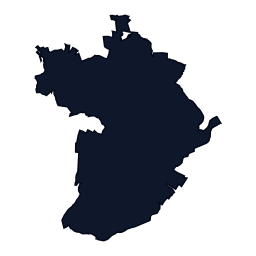 Pericei, Salaj, Romania (Albers equal-area conic projection)
{"feature_id": "2599482B97319558947930", "entity_name": "Pericei", "entity_type": "district", "adm_level": 2, "iso_a3": "ROU", "parent_name": "Romania", "parent_adm1": "Salaj", "projection": "albers", "projection_center": [22.87, 47.24], "detail": "fine", "context": "isolated", "style": "filled", "palette": "ink", "viewbox_px": 256, "rotation_deg": 0, "n_neighbors": 0, "source": "geoboundaries", "source_scale": "gbopen_adm2", "svg_char_len": 5637}
<svg xmlns="http://www.w3.org/2000/svg" viewBox="0 0 256 256"><path d="M206.6,143.0L208.2,141.6L209.0,140.5L209.2,139.8L209.1,138.6L209.8,137.8L210.2,136.2L210.1,135.0L210.4,133.3L210.2,132.1L211.6,128.4L214.1,126.7L217.2,125.1L217.8,124.4L219.1,124.0L220.2,123.0L220.7,123.1L217.0,116.8L216.7,116.6L213.1,118.3L210.0,120.8L209.8,121.2L209.9,121.7L209.3,123.0L208.9,125.2L207.8,127.0L207.7,127.6L207.2,127.9L204.2,130.6L203.4,130.8L201.2,130.0L199.8,129.9L198.8,129.5L198.6,128.6L198.8,127.3L198.3,126.3L198.4,125.8L199.3,124.8L199.6,123.9L200.2,123.9L201.0,123.4L202.9,120.9L203.5,118.0L203.5,117.2L203.2,115.7L200.5,110.9L199.1,109.1L198.0,108.3L197.0,107.0L196.2,106.2L195.9,105.4L192.8,101.6L190.7,100.4L188.5,99.5L187.6,98.4L186.6,96.8L184.9,95.0L185.0,94.7L184.4,94.2L184.2,93.6L182.5,91.5L182.4,90.7L182.5,90.3L181.9,89.0L180.9,88.3L180.5,87.5L179.8,87.1L179.3,85.7L176.2,83.9L174.7,82.6L175.4,82.2L175.6,81.7L176.4,81.5L177.0,80.7L177.0,80.0L177.6,79.5L177.8,79.1L178.2,78.9L178.7,78.3L179.8,77.7L180.1,77.1L181.0,76.2L181.0,75.0L182.2,74.1L182.4,73.5L182.2,72.7L182.4,71.7L183.5,71.3L183.6,69.8L184.5,68.8L184.6,68.4L184.3,67.8L184.9,66.1L185.0,65.4L185.3,65.0L184.7,64.9L184.0,65.4L183.7,65.3L183.5,64.7L183.0,64.3L182.5,64.3L181.8,63.7L180.5,63.1L177.5,62.4L175.7,61.0L174.1,60.8L173.5,60.2L170.6,59.8L169.9,59.1L168.1,59.1L167.5,59.4L167.1,59.0L167.2,53.5L162.8,52.9L153.7,53.1L153.0,54.9L152.9,56.5L152.5,56.9L152.3,56.8L151.3,54.2L152.2,50.9L151.2,49.1L150.9,48.0L150.7,45.2L151.0,43.8L150.7,43.1L149.1,41.3L146.7,39.7L146.7,39.3L145.8,39.4L144.9,38.8L143.2,38.7L140.7,37.2L139.9,37.0L139.8,35.6L139.4,35.1L138.0,34.5L137.5,33.7L137.5,32.7L133.6,32.3L132.4,32.3L132.4,32.5L131.5,32.6L130.0,37.0L129.0,37.0L129.6,34.7L129.2,34.6L127.9,36.3L127.5,37.6L126.6,38.6L124.1,39.9L121.3,40.7L121.2,38.8L120.6,38.7L120.9,36.0L120.4,35.8L120.3,35.2L122.0,35.4L122.4,35.2L122.6,34.7L122.6,33.5L122.0,33.3L121.7,32.7L122.4,30.9L122.6,30.7L124.0,30.9L128.8,32.0L130.6,32.1L130.7,31.9L129.5,31.4L129.3,29.6L127.4,23.8L127.4,22.9L127.7,22.5L130.2,20.2L127.5,18.4L128.2,17.7L128.8,16.4L127.4,16.2L126.8,15.7L125.3,15.4L124.1,15.4L122.4,16.2L120.6,16.2L118.5,16.7L117.8,16.6L117.6,15.8L117.1,15.5L115.3,16.2L112.7,15.5L110.5,15.6L111.5,19.4L112.4,19.3L115.8,20.5L116.0,24.3L116.9,32.2L112.4,31.3L112.8,32.7L112.9,37.4L110.3,37.2L108.3,36.5L103.4,36.6L103.5,37.9L104.7,46.7L107.8,48.7L109.8,49.4L109.3,51.6L109.2,53.2L107.1,59.1L105.6,58.5L105.2,58.6L99.9,56.0L97.8,55.6L95.8,55.8L94.8,55.4L93.6,56.7L92.2,57.4L91.7,57.9L90.6,58.5L88.6,58.5L85.6,59.9L82.3,61.1L81.6,61.8L78.6,53.4L77.7,54.1L75.4,54.4L76.0,53.1L76.4,51.6L77.7,51.2L77.8,50.9L77.5,50.9L76.6,49.6L72.8,47.6L71.1,50.2L68.8,52.7L68.7,52.6L68.9,50.8L69.6,45.4L67.5,45.3L65.3,44.3L65.7,45.5L65.8,47.2L65.6,48.2L65.3,48.6L65.3,49.6L64.5,51.0L62.8,51.2L62.1,50.0L61.4,49.4L57.3,50.5L55.6,50.3L54.3,50.6L52.0,51.6L51.6,52.3L51.0,52.7L48.1,51.0L48.4,50.0L47.7,47.8L46.5,47.9L44.9,48.8L44.2,48.4L43.4,47.3L41.1,48.0L41.1,48.3L40.4,48.2L38.7,47.1L37.9,46.0L36.6,46.8L36.2,47.3L36.5,47.3L38.9,50.4L41.7,52.8L40.1,54.1L38.9,53.0L37.6,51.3L36.6,52.2L37.5,53.3L39.4,54.7L39.6,56.9L40.4,58.6L41.0,61.0L41.2,60.6L41.2,60.1L41.0,59.3L40.5,58.1L40.1,56.0L41.0,56.0L42.8,57.1L44.0,58.6L44.1,58.9L43.7,59.2L44.0,60.2L43.6,60.5L43.5,60.8L44.2,61.2L43.8,61.7L44.7,62.4L44.1,63.0L43.8,64.5L44.1,67.5L45.0,69.2L45.2,70.7L44.9,71.4L43.3,73.5L42.0,73.8L41.5,74.1L41.2,74.8L35.5,76.2L35.3,78.2L36.0,78.7L37.2,80.7L37.6,81.6L37.8,83.1L36.8,85.5L36.8,88.1L36.2,88.9L36.1,89.7L36.8,92.6L40.3,92.3L42.6,94.1L44.5,94.5L46.4,95.5L49.4,92.9L50.6,91.6L51.1,91.3L51.6,92.5L52.0,91.1L52.3,90.9L54.4,90.3L54.1,92.4L54.1,94.0L55.8,97.7L55.9,99.3L57.0,102.1L57.1,103.0L58.2,105.4L67.6,106.8L68.8,108.7L72.0,112.7L70.3,113.8L69.8,116.1L75.0,114.4L77.0,114.2L78.5,113.0L81.0,112.2L83.0,112.7L83.4,112.1L84.0,112.1L84.9,112.5L86.3,115.1L88.7,115.0L88.3,115.7L88.2,116.3L88.3,116.5L91.4,115.9L94.5,115.8L97.0,117.4L99.4,118.1L99.4,118.6L100.0,119.5L101.1,120.7L101.2,121.7L102.0,123.8L104.6,125.3L105.0,126.6L105.5,127.5L103.0,130.9L101.8,134.6L97.4,133.3L96.7,132.9L94.4,130.7L93.3,132.8L88.4,130.2L88.2,130.4L87.7,130.1L86.2,133.3L82.7,131.3L79.7,130.4L78.1,135.8L76.9,142.4L75.8,143.2L75.6,152.0L78.9,152.4L77.9,171.4L76.3,175.2L76.2,176.5L75.9,177.2L76.1,178.2L76.0,180.5L75.2,183.7L75.1,185.1L76.1,185.2L76.8,184.7L77.9,182.6L81.2,183.2L79.8,184.6L78.7,187.5L78.6,190.6L79.1,191.7L80.3,193.9L80.3,194.7L79.7,195.4L78.7,197.6L77.4,199.1L76.2,201.1L75.8,201.9L75.7,202.7L75.2,202.9L74.0,204.4L73.0,205.0L72.4,206.2L68.4,209.5L64.3,215.4L62.0,220.2L64.0,228.0L66.0,227.1L67.9,225.9L68.0,225.4L69.1,225.4L70.6,228.4L71.7,228.9L74.9,231.3L77.7,232.1L77.8,231.9L78.7,231.9L82.7,233.7L87.0,233.5L88.5,233.8L89.8,233.6L91.6,233.7L96.1,236.4L96.2,237.9L96.1,238.8L96.9,238.9L98.3,239.6L103.0,240.6L104.0,240.6L106.8,239.6L108.1,238.8L111.9,235.3L115.0,233.8L116.7,232.5L118.6,232.1L119.4,232.3L121.5,232.2L124.8,230.7L127.1,229.0L131.8,227.4L134.6,226.8L150.0,220.3L150.4,216.7L150.9,215.3L152.4,214.4L157.0,213.2L157.6,212.3L158.6,210.2L159.4,209.4L159.7,208.9L159.9,205.6L159.2,203.1L162.0,204.7L164.3,201.2L167.1,197.8L168.8,198.8L170.8,195.5L171.1,195.3L171.7,195.6L173.7,192.3L174.6,193.0L173.8,191.3L172.9,189.9L171.8,188.8L166.3,185.3L167.1,183.8L175.6,189.2L178.8,184.1L181.5,186.5L186.9,178.1L183.5,177.5L184.3,176.3L184.4,176.0L177.0,172.5L173.1,169.9L174.0,168.7L176.0,166.0L176.8,166.3L177.7,166.0L180.0,164.6L181.7,162.9L181.9,162.6L182.8,158.4L183.8,157.1L187.6,156.3L187.9,155.8L188.2,154.1L189.2,153.2L194.1,151.2L194.0,149.8L194.3,148.2L206.6,143.0Z" fill="#0f172a" stroke="#020617" stroke-width="1.5"/></svg>